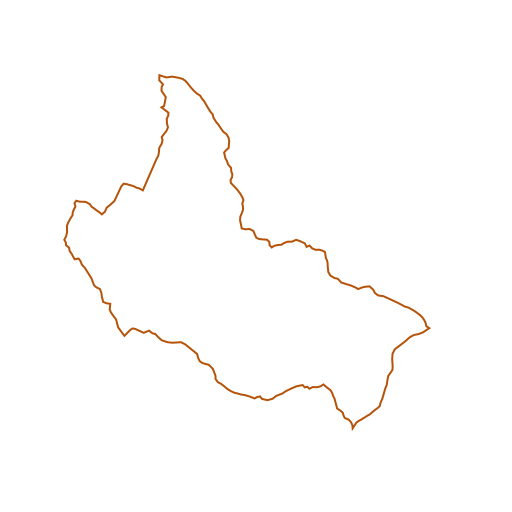 Penápolis, São Paulo, Brazil, rotated 113°
{"feature_id": "56859067B20173469522033", "entity_name": "Penápolis", "entity_type": "district", "adm_level": 2, "iso_a3": "BRA", "parent_name": "Brazil", "parent_adm1": "São Paulo", "projection": "albers", "projection_center": [-50.11, -21.392], "detail": "fine", "context": "isolated", "style": "outline", "palette": "amber", "viewbox_px": 512, "rotation_deg": 113, "n_neighbors": 0, "source": "geoboundaries", "source_scale": "gbopen_adm2", "svg_char_len": 3678}
<svg xmlns="http://www.w3.org/2000/svg" viewBox="0 0 512 512"><g transform="rotate(113 256 256)"><path d="M316.0,438.8L317.8,436.4L320.3,435.1L321.3,431.4L324.3,429.4L325.6,427.1L329.9,421.7L327.7,418.3L329.0,415.9L332.0,412.9L333.8,408.9L336.1,405.6L337.8,403.1L340.8,398.8L346.2,393.7L347.2,390.7L347.4,386.7L350.6,383.7L353.4,382.2L358.0,378.7L357.9,374.9L356.9,371.5L362.6,369.7L364.7,367.3L366.5,364.5L369.1,360.0L375.6,355.0L380.9,345.9L373.1,342.8L370.9,341.3L370.3,338.6L370.4,335.6L370.6,329.4L366.5,325.3L367.6,321.3L367.2,318.1L369.0,314.1L370.4,309.7L370.1,305.8L369.7,303.0L368.6,299.3L366.6,295.2L364.7,291.5L365.0,286.6L369.2,271.9L372.7,269.2L374.9,266.5L375.5,263.5L374.6,256.8L376.8,251.5L382.2,246.4L385.0,245.2L387.0,241.9L387.4,237.8L388.7,233.2L389.6,230.4L390.2,226.3L390.3,222.4L389.6,218.2L389.3,215.4L388.4,212.0L387.8,206.6L387.7,201.7L385.2,199.6L383.7,197.5L385.2,194.6L384.7,191.7L384.2,189.1L381.0,185.0L377.0,182.8L374.8,180.6L372.3,178.0L369.0,175.9L364.4,171.9L360.4,168.1L358.3,165.2L356.6,162.6L357.9,159.8L356.3,157.7L357.3,155.0L354.5,152.6L352.8,148.3L350.8,145.8L347.9,143.7L349.2,139.7L350.4,135.0L352.3,132.4L354.7,130.3L356.6,128.0L364.7,121.7L365.4,117.6L366.4,114.8L368.5,113.2L370.4,111.0L370.4,106.7L372.0,103.4L374.3,101.0L376.8,99.7L370.0,98.5L367.1,96.6L364.9,94.8L359.8,91.3L357.4,89.4L351.5,86.5L349.1,85.0L345.8,83.4L342.5,84.0L337.5,84.0L327.9,85.2L323.5,85.3L319.0,86.5L314.7,87.4L311.1,86.6L307.7,85.9L304.1,87.1L301.2,88.6L297.8,90.3L292.7,92.1L287.6,91.8L279.6,87.2L275.4,84.9L271.1,82.9L268.4,81.0L266.5,79.1L264.4,75.9L261.0,72.4L254.7,68.3L254.1,71.7L251.3,73.8L249.4,75.9L247.6,78.7L246.5,81.3L245.3,85.9L244.7,88.7L244.2,92.6L243.9,95.7L244.4,99.3L243.7,106.7L243.2,123.0L244.6,128.2L243.5,132.2L241.2,134.9L239.6,139.7L241.5,143.2L243.3,145.8L246.5,149.0L246.1,152.5L246.1,157.7L246.6,161.6L246.8,164.3L247.1,167.2L245.0,171.7L245.6,175.1L245.0,179.7L242.7,183.0L238.0,185.7L234.6,187.3L232.4,188.8L230.5,190.9L227.7,192.6L225.4,194.1L225.1,196.9L225.5,200.3L227.0,203.4L227.0,207.4L225.5,210.7L227.8,213.0L225.3,216.0L225.1,220.8L225.4,225.4L228.7,228.4L230.5,232.5L233.1,235.2L235.8,237.1L237.3,240.1L239.5,243.2L242.0,244.9L240.7,247.8L237.8,249.2L236.7,252.2L238.1,256.4L239.2,259.8L239.0,262.9L236.9,265.2L233.9,268.3L233.7,272.7L235.5,276.0L236.2,279.9L232.5,282.4L229.4,284.6L225.9,285.8L221.4,285.8L218.1,286.1L215.4,287.5L213.1,289.1L209.5,289.4L207.3,291.5L204.8,294.8L202.1,299.5L199.8,304.8L198.6,307.6L196.1,309.1L192.9,308.8L190.0,309.7L187.7,311.9L184.6,313.4L182.7,317.4L180.0,319.8L177.8,322.5L173.2,325.8L169.8,324.7L167.5,323.4L164.6,324.3L161.0,325.4L157.9,327.4L155.4,330.7L154.4,334.7L152.2,338.3L150.0,341.6L147.8,345.7L145.3,349.2L142.5,351.3L141.1,354.2L138.6,357.8L136.4,360.8L133.9,364.0L132.1,367.5L130.3,369.8L129.4,374.3L128.0,378.2L126.2,382.0L124.6,385.0L123.3,387.2L122.3,389.7L121.7,392.8L122.0,395.6L122.7,399.3L123.8,403.6L126.5,407.9L127.0,411.7L127.3,415.5L132.1,413.7L134.4,408.6L137.1,408.9L140.8,407.6L142.8,404.5L145.0,401.1L150.0,400.0L153.9,399.2L156.1,401.1L158.3,392.6L161.1,391.6L164.4,391.8L168.9,389.7L172.0,387.3L175.9,387.3L179.5,388.3L183.4,389.3L185.8,387.3L189.5,386.7L194.3,387.3L198.4,385.9L202.0,385.1L205.8,385.5L239.8,385.8L239.4,389.8L239.8,392.6L239.5,395.5L239.9,399.2L240.4,403.2L241.2,406.1L244.6,407.2L260.7,407.8L266.3,410.4L269.7,412.3L274.4,412.4L277.9,414.2L277.0,417.0L276.3,420.6L275.4,423.8L275.0,426.4L273.2,429.2L272.7,433.9L274.9,439.6L275.4,443.1L278.3,443.7L281.1,441.5L284.0,441.8L287.3,441.8L290.2,440.8L294.0,441.5L298.1,441.9L301.9,441.9L307.9,439.2L312.2,438.5L316.0,438.8Z" fill="none" stroke="#b45309" stroke-width="2"/></g></svg>